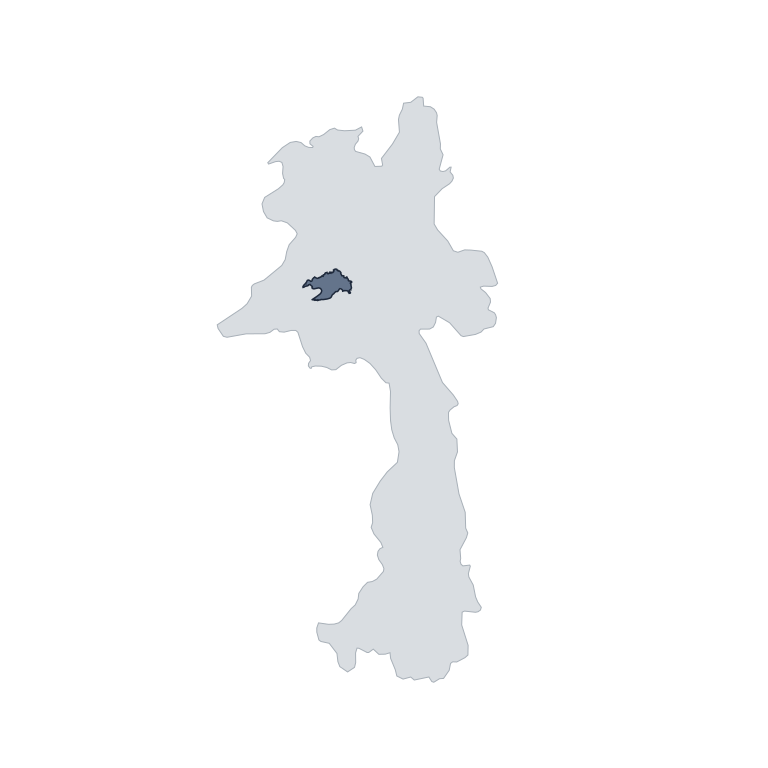 Kasy, Vientiane, Laos shown in context, rotated 33°
{"feature_id": "54806243B33776683357165", "entity_name": "Kasy", "entity_type": "district", "adm_level": 2, "iso_a3": "LAO", "parent_name": "Laos", "parent_adm1": "Vientiane", "projection": "mercator", "projection_center": [102.146, 19.097], "detail": "fine", "context": "in_parent", "style": "filled", "palette": "slate", "viewbox_px": 768, "rotation_deg": 33, "n_neighbors": 0, "source": "geoboundaries", "source_scale": "gbopen_adm2", "svg_char_len": 8668}
<svg xmlns="http://www.w3.org/2000/svg" viewBox="0 0 768 768"><g transform="rotate(33 384 384)"><path d="M282.4,129.9L285.6,135.9L300.6,151.9L303.2,156.2L308.7,159.6L313.3,173.8L315.2,174.7L317.7,173.7L319.6,171.7L321.2,166.2L322.2,165.6L323.9,170.1L328.1,171.5L330.0,173.5L330.5,176.9L329.9,180.4L326.4,188.5L324.3,199.3L338.9,222.5L345.1,225.6L359.7,229.4L369.6,234.5L374.2,233.3L378.6,227.6L383.9,224.4L393.7,219.4L396.6,219.2L402.0,221.1L410.9,226.9L424.4,237.6L424.0,240.5L421.5,243.3L414.3,247.6L412.0,250.3L413.4,251.4L419.4,252.0L426.5,254.5L428.7,257.3L429.9,263.7L431.1,264.9L437.7,264.2L439.8,265.1L442.1,267.1L444.5,272.4L444.4,276.4L437.9,283.4L437.1,287.6L433.7,292.6L424.7,301.0L422.3,301.5L405.7,296.9L392.6,297.5L391.5,299.3L393.7,304.3L394.3,309.3L392.3,313.1L384.7,318.1L384.4,320.2L386.0,322.5L397.0,326.9L432.2,350.9L448.2,355.5L455.2,358.5L457.0,360.2L457.0,362.3L455.1,365.0L453.6,369.7L453.5,372.5L455.2,375.2L458.0,379.3L467.8,388.4L475.1,390.5L482.6,400.9L484.8,410.0L488.5,415.8L506.8,435.4L522.0,447.4L531.0,460.4L535.4,463.3L536.8,468.0L538.0,481.6L543.3,488.5L544.4,491.2L546.7,493.2L549.2,493.6L554.5,489.2L555.6,489.8L558.0,497.0L560.2,499.6L568.3,504.0L576.8,512.7L581.4,515.8L587.2,518.3L588.0,521.0L586.9,523.8L585.1,525.6L575.2,530.6L573.8,532.8L580.4,543.8L596.9,557.4L602.0,565.6L600.9,569.5L596.4,577.5L592.9,579.6L592.0,582.1L594.6,588.6L594.3,598.5L591.1,600.9L588.2,607.0L586.2,607.5L581.2,605.3L570.6,615.8L566.0,615.2L560.7,621.1L553.8,621.9L549.1,617.5L539.0,610.5L535.4,606.1L532.2,609.9L526.9,613.5L519.4,612.2L517.4,617.5L516.0,618.4L506.9,619.3L505.2,620.2L506.6,625.0L512.0,633.1L513.6,637.7L510.3,645.3L500.9,645.1L496.6,642.0L491.3,635.6L479.3,631.3L471.3,634.3L468.8,634.1L462.8,628.7L460.5,625.2L459.2,620.0L468.3,615.8L473.0,612.5L476.1,609.0L477.3,605.4L478.8,590.3L480.2,584.9L479.4,578.4L476.9,573.3L476.9,565.5L478.2,559.3L481.7,556.1L484.2,551.6L485.6,541.5L484.5,538.9L481.1,536.4L475.3,534.1L471.6,531.1L470.1,527.5L470.3,524.4L472.0,521.6L467.7,518.6L457.2,515.2L451.3,511.2L450.0,506.5L445.7,500.4L438.1,492.8L434.1,481.8L433.7,467.5L434.6,455.9L437.9,442.4L433.5,432.6L428.6,427.4L421.9,423.6L415.5,418.2L409.4,411.1L402.1,400.6L393.5,386.7L387.8,380.5L384.9,381.9L378.7,380.6L369.3,376.6L361.1,374.4L354.1,374.1L349.5,375.0L347.4,377.2L347.3,379.3L349.0,381.3L348.1,382.9L344.4,384.1L341.5,386.4L338.1,391.5L335.8,398.2L332.4,400.7L327.0,401.3L321.7,403.2L316.5,406.4L314.1,408.9L314.4,410.6L313.2,411.0L310.7,410.0L309.5,407.8L309.6,404.3L307.0,402.0L301.6,400.8L295.4,397.1L283.6,387.5L280.9,387.1L277.0,389.6L272.0,394.9L267.8,397.1L264.5,396.0L262.0,397.9L260.2,402.8L256.9,406.6L241.1,417.0L226.9,430.3L223.3,431.5L214.6,427.8L211.9,425.2L223.7,397.9L225.5,391.2L225.1,382.4L220.1,375.1L219.9,373.0L220.7,370.7L226.8,362.2L233.7,340.3L233.4,333.5L230.3,325.9L228.6,318.8L230.0,309.1L229.4,305.3L226.1,303.4L215.2,301.5L209.0,303.0L206.0,305.7L202.4,307.4L195.5,308.3L189.0,305.0L183.6,299.4L182.3,292.5L189.1,277.8L190.7,272.1L190.6,269.4L189.4,266.6L187.8,266.2L184.3,262.7L180.9,256.6L177.7,253.8L174.7,254.3L171.9,256.6L167.4,262.4L166.0,261.7L170.0,241.2L173.8,232.5L178.2,228.4L182.9,226.7L187.9,227.4L192.0,226.6L195.4,224.5L195.1,223.3L191.1,222.9L189.5,220.6L190.3,216.3L192.1,213.4L194.8,212.1L197.5,207.7L200.0,200.2L203.1,196.4L206.7,196.3L213.0,193.1L221.8,186.7L225.2,180.6L228.6,183.4L227.3,190.5L229.1,192.0L229.9,194.5L229.4,198.5L230.2,201.9L231.5,203.5L233.5,204.4L242.8,201.5L248.6,201.3L257.9,206.5L263.5,202.6L263.6,201.1L259.0,196.2L260.4,178.2L259.8,164.4L252.1,154.3L250.5,150.2L249.7,143.5L247.5,137.8L253.0,133.2L256.0,124.7L259.9,122.7L261.1,123.0L265.9,129.3L271.9,126.2L276.4,126.2L280.3,127.9L282.4,129.9Z" fill="#d9dde1" stroke="#a8b0b8" stroke-width="1"/><path d="M287.5,345.9L290.1,343.6L291.1,342.4L291.6,341.8L292.0,341.2L292.2,340.8L292.3,340.3L292.4,339.5L292.1,338.1L292.1,337.5L292.3,336.4L292.5,336.2L292.7,335.7L292.8,334.5L293.1,333.3L293.1,333.0L293.4,332.6L293.6,332.5L293.8,332.4L294.2,332.1L294.5,331.9L294.6,331.7L294.7,331.3L294.8,331.2L294.9,330.0L294.8,329.2L294.9,328.6L295.1,328.0L296.1,327.7L296.8,327.6L297.7,327.8L297.8,327.8L298.2,328.0L298.8,328.4L298.9,328.6L299.0,328.5L299.0,328.3L299.1,328.2L299.3,328.0L299.4,327.9L299.4,327.7L299.5,327.6L299.6,327.4L299.8,327.3L300.1,327.3L300.4,327.0L300.5,327.0L300.6,326.8L300.8,326.7L301.0,326.6L301.7,326.2L302.1,325.9L302.3,325.9L302.7,325.9L303.1,325.7L303.5,325.7L303.9,326.2L304.4,326.6L304.9,326.6L305.1,326.8L305.3,326.9L305.4,326.7L305.6,326.7L305.9,326.6L306.0,326.5L306.0,326.4L306.2,326.1L306.2,325.8L305.5,325.3L305.0,325.3L304.5,325.1L304.3,325.0L304.3,324.9L304.1,324.8L304.0,324.7L304.0,324.1L304.1,323.6L304.3,323.4L304.5,323.1L304.8,323.1L304.7,322.9L304.5,322.0L304.5,321.8L304.4,321.6L304.4,321.4L304.4,321.1L303.7,320.4L303.4,320.1L302.9,319.5L302.3,319.0L302.1,318.7L302.0,318.3L301.1,318.0L300.8,317.8L300.7,317.5L300.8,317.3L300.8,317.2L301.3,316.9L301.5,316.5L301.5,316.3L301.4,316.1L301.1,315.8L300.8,315.7L300.7,315.7L300.6,315.8L300.5,316.1L299.9,316.2L299.6,316.0L299.2,316.2L299.1,316.3L298.8,316.4L298.6,316.5L298.3,316.7L298.1,316.7L297.8,316.7L297.4,316.0L296.9,315.6L296.1,315.4L295.9,315.4L295.6,315.6L295.3,315.5L295.3,315.1L295.2,314.9L294.9,314.6L294.6,314.5L294.3,314.7L293.9,315.9L293.7,316.2L293.5,316.3L293.4,316.3L293.0,316.2L292.8,316.2L292.5,316.3L292.4,316.4L292.0,316.1L291.4,315.2L291.1,315.3L290.7,315.6L290.4,315.7L290.0,316.0L289.8,316.1L289.6,316.2L289.3,316.0L289.0,315.7L288.8,315.5L288.3,315.4L288.0,315.1L287.5,314.9L287.4,314.7L287.4,314.3L287.1,314.0L285.8,313.6L285.5,313.5L285.0,313.5L284.4,313.9L284.0,314.2L283.9,314.2L283.5,313.7L283.4,313.7L283.2,313.8L283.0,314.0L282.8,314.1L282.7,314.0L282.5,313.8L282.3,313.7L281.9,313.5L281.7,313.6L281.0,313.8L280.7,314.1L279.9,314.9L279.7,315.3L279.8,315.7L280.2,315.9L280.2,316.0L280.2,316.3L280.3,316.5L280.2,316.5L280.3,316.6L280.2,316.8L280.5,317.1L280.4,317.2L280.5,317.3L280.5,317.5L280.4,317.9L280.4,318.1L280.4,318.3L280.2,318.5L279.9,318.5L279.8,318.8L279.7,318.9L279.7,319.0L279.5,318.9L279.4,319.0L279.2,319.0L279.3,319.1L278.9,319.7L278.7,319.7L278.4,319.9L278.2,319.9L278.3,320.0L278.2,320.0L278.0,320.3L277.8,320.3L277.6,320.7L277.6,320.8L277.4,320.9L277.5,320.9L277.4,321.1L277.5,321.2L277.4,321.3L277.5,321.3L277.4,321.4L277.4,321.5L277.1,321.9L277.0,322.1L276.8,322.1L276.4,321.9L276.2,321.9L275.7,321.7L275.4,321.5L275.3,321.8L275.0,322.0L274.8,322.4L274.5,322.5L274.3,322.8L274.3,323.0L274.4,323.3L274.3,323.5L274.5,323.8L274.4,324.0L274.5,324.5L274.3,324.9L273.9,325.2L273.8,325.4L273.6,326.1L273.7,326.4L274.3,326.7L274.3,326.9L273.9,327.1L273.3,327.1L272.9,327.4L272.9,327.7L272.9,328.2L272.7,328.5L272.7,328.9L272.3,329.1L272.2,329.2L272.1,329.8L271.8,329.9L271.6,330.1L271.6,330.3L271.4,330.4L271.4,330.5L271.4,330.8L271.2,331.0L271.2,330.9L271.1,331.0L270.9,331.3L270.7,331.6L270.5,331.8L270.2,331.9L269.7,331.9L269.4,332.0L268.6,332.1L268.3,332.1L267.9,332.0L267.6,332.0L267.5,332.7L267.5,332.8L267.2,333.1L267.2,333.3L267.1,333.7L267.0,334.4L267.0,334.5L267.0,334.9L266.9,335.1L267.0,335.7L267.2,336.0L267.4,336.7L267.3,337.1L266.8,337.8L266.6,337.9L265.9,337.7L265.0,337.7L264.8,337.8L264.0,338.0L263.8,338.1L263.7,338.4L263.3,338.8L263.3,339.4L263.4,339.9L263.5,340.4L263.5,340.9L263.5,341.2L263.5,341.6L263.4,342.1L263.5,342.2L263.4,342.2L263.4,342.3L263.4,342.6L263.3,342.8L263.3,343.1L263.2,343.4L263.2,343.8L263.0,344.1L263.0,344.9L262.9,345.2L262.9,345.6L263.0,345.9L263.0,346.5L263.2,346.8L263.3,346.9L263.5,347.1L264.2,346.3L264.7,345.1L265.0,344.8L265.7,344.0L266.0,343.8L266.1,343.5L266.4,343.3L266.8,342.7L266.6,342.2L266.7,341.9L267.0,341.8L267.2,341.7L267.3,341.3L267.5,340.9L267.9,340.7L268.9,341.1L270.2,341.2L270.7,341.3L270.8,341.8L271.0,342.2L271.3,342.3L271.5,342.3L271.7,342.8L271.8,342.9L272.1,342.8L273.4,342.4L274.9,340.9L276.7,339.1L277.6,338.7L278.7,338.5L279.9,338.9L280.9,339.6L281.3,340.5L281.5,341.3L281.5,342.3L281.4,343.2L280.5,345.8L279.9,347.4L277.8,352.3L278.0,352.4L278.4,352.0L278.4,351.9L278.5,351.9L278.8,351.9L279.0,351.8L279.5,351.7L279.4,351.6L279.5,351.5L279.4,351.3L279.5,351.3L279.8,351.4L280.0,351.1L280.1,350.8L280.2,350.7L280.3,350.8L280.3,351.0L280.2,351.1L280.4,351.2L280.6,351.2L281.0,351.0L281.3,350.9L281.4,350.5L281.5,350.5L281.8,350.4L282.0,350.4L282.3,350.2L282.4,349.9L282.4,349.7L282.6,349.7L282.9,349.6L283.0,349.7L283.1,349.3L283.3,349.3L283.5,349.3L283.5,349.2L283.8,349.0L283.8,348.9L283.8,348.7L283.8,348.8L284.0,348.8L284.2,348.5L284.3,348.4L284.6,348.3L284.7,348.1L284.9,348.0L285.2,347.6L285.2,347.4L285.5,347.2L286.9,346.4L287.5,345.9Z" fill="#64748b" stroke="#1e293b" stroke-width="1.5"/></g></svg>